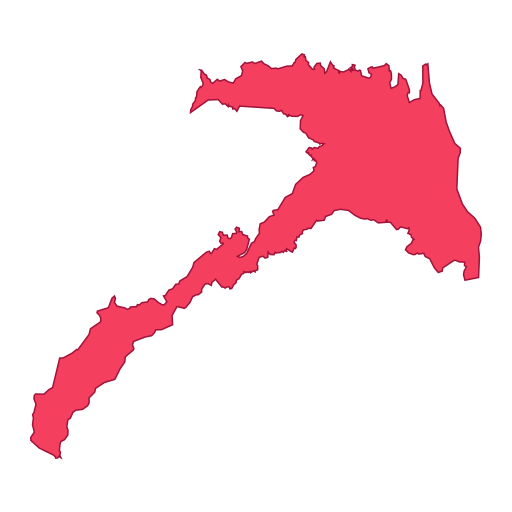 outline of Rioviejo, Bolívar, Colombia
{"feature_id": "7082276B23720566287861", "entity_name": "Rioviejo", "entity_type": "district", "adm_level": 2, "iso_a3": "COL", "parent_name": "Colombia", "parent_adm1": "Bolívar", "projection": "natural_earth1", "projection_center": [-74.045, 8.431], "detail": "fine", "context": "isolated", "style": "filled", "palette": "rose", "viewbox_px": 512, "rotation_deg": 0, "n_neighbors": 0, "source": "geoboundaries", "source_scale": "gbopen_adm2", "svg_char_len": 5957}
<svg xmlns="http://www.w3.org/2000/svg" viewBox="0 0 512 512"><path d="M378.3,222.9L386.1,222.3L386.4,220.2L387.1,220.3L386.9,222.2L390.3,222.2L396.6,229.6L398.2,229.3L400.5,226.9L407.6,228.7L408.8,227.8L409.2,230.2L407.9,233.4L411.0,234.7L411.5,237.2L414.0,239.5L412.9,239.8L411.5,243.1L406.9,246.8L405.5,249.8L408.6,252.9L413.1,254.6L414.8,254.6L417.4,253.0L418.7,254.1L423.8,253.3L425.2,256.5L429.7,258.7L434.4,267.9L438.3,272.5L442.3,271.1L442.7,267.9L453.7,260.6L455.6,260.3L459.3,261.9L464.6,262.1L464.5,265.6L466.4,266.8L464.1,271.1L463.5,274.7L465.0,280.2L478.6,277.5L479.4,257.1L478.5,247.1L480.6,241.0L481.3,234.3L480.5,227.1L474.7,218.1L467.6,211.8L462.4,204.0L456.8,188.9L458.1,158.5L460.2,152.7L460.4,148.3L454.8,143.4L449.5,131.4L446.2,122.2L443.6,108.3L440.7,105.0L440.0,105.7L439.1,103.1L432.0,94.0L429.5,83.2L427.8,63.9L426.7,65.0L425.9,64.0L422.8,65.9L422.9,83.2L420.9,90.5L420.2,90.6L420.1,98.4L414.2,99.7L409.4,102.6L407.2,95.6L407.9,93.0L409.4,92.8L409.4,89.7L405.8,79.3L403.0,78.4L401.2,75.2L398.7,73.7L397.9,84.5L394.7,87.0L391.0,88.3L389.7,82.7L391.5,79.3L391.4,74.0L390.6,70.7L389.3,71.0L388.9,65.7L386.2,63.6L384.4,65.6L373.3,68.2L372.3,66.9L370.8,67.1L367.9,68.7L369.0,72.8L371.5,74.2L370.6,77.4L369.0,78.2L361.6,75.8L360.5,70.5L359.3,70.1L358.0,71.3L355.5,70.0L354.4,67.6L355.0,65.2L353.6,64.8L352.3,64.6L352.5,66.3L350.2,67.9L351.6,67.9L353.5,70.4L352.1,70.4L352.1,69.1L351.2,68.4L351.6,69.0L350.4,69.9L350.7,71.1L348.9,69.4L343.5,72.0L340.0,71.4L339.4,73.1L338.6,72.3L339.1,70.8L333.6,68.0L334.0,65.9L332.9,65.5L330.4,61.8L326.6,71.7L324.8,73.3L324.3,68.9L320.8,65.7L320.3,63.1L316.9,63.4L314.0,67.2L314.4,69.2L312.5,69.3L308.4,64.6L308.6,62.6L305.9,60.3L305.4,56.8L304.1,56.8L304.5,54.9L301.9,53.9L295.9,59.4L295.0,62.5L294.0,62.8L292.2,66.0L286.9,66.1L278.0,68.8L276.3,68.1L271.4,68.6L268.3,65.8L264.1,63.9L261.5,61.1L254.8,63.5L252.4,62.0L246.8,63.3L245.0,62.5L240.9,66.6L242.7,70.9L241.5,75.6L235.7,78.8L233.3,83.1L228.3,81.9L224.6,79.5L219.6,81.1L217.3,79.3L212.7,83.4L210.6,81.9L210.0,79.5L207.3,78.1L206.5,75.2L204.3,74.0L201.6,70.2L200.2,70.0L201.2,70.8L200.8,77.4L203.1,83.2L202.8,85.5L201.0,87.4L200.3,86.7L197.0,91.6L196.5,96.9L195.6,97.7L195.3,100.7L192.6,104.3L192.7,105.9L190.6,110.1L190.5,112.6L208.2,100.0L218.2,99.6L222.5,104.2L225.3,103.8L228.1,106.6L228.5,105.0L228.9,106.2L232.8,107.1L232.8,109.0L234.8,108.7L236.9,111.3L239.6,106.1L274.2,108.4L276.2,110.8L279.7,111.3L281.4,110.3L283.8,114.0L285.4,114.0L287.6,116.7L288.8,115.8L288.4,114.8L289.3,114.6L289.8,115.6L292.5,116.3L297.6,116.4L300.4,114.8L302.3,115.2L303.0,115.6L300.5,120.7L300.2,128.8L303.1,132.0L305.9,133.3L308.7,137.9L313.0,139.7L314.2,141.4L319.2,143.1L319.9,144.1L321.1,143.3L324.0,143.7L321.5,146.0L319.4,146.5L317.9,148.3L314.3,147.5L312.2,149.1L311.5,148.0L309.2,147.5L306.0,151.8L307.3,153.0L308.5,152.6L308.6,154.0L310.0,155.4L311.1,155.2L310.7,155.9L313.1,158.5L312.6,159.7L313.8,159.0L314.2,160.2L314.7,159.5L315.2,160.9L316.3,161.3L316.7,162.8L315.4,166.6L313.3,167.5L314.0,170.8L310.0,174.4L303.1,177.4L295.6,184.4L292.4,193.5L285.3,197.4L277.9,209.6L273.4,210.4L272.6,211.3L274.0,215.1L269.3,216.7L264.3,222.1L260.2,223.8L259.1,229.6L259.4,233.3L255.6,238.7L254.4,241.8L251.5,243.2L246.7,253.4L243.4,256.3L240.0,257.5L239.5,257.1L237.5,256.6L237.3,256.4L244.7,252.6L246.8,249.1L249.4,239.2L247.8,238.3L247.5,236.0L242.8,234.6L241.6,231.5L239.0,231.7L239.4,228.3L236.6,227.2L235.1,229.0L236.6,231.9L236.4,233.4L232.7,233.6L231.3,237.7L230.1,238.8L228.0,238.0L227.2,235.1L223.3,235.2L222.4,232.3L219.7,231.7L218.2,234.5L220.9,237.8L219.6,241.2L220.9,243.2L223.0,243.0L223.2,243.9L216.6,249.4L214.4,248.6L211.5,253.5L210.6,253.4L209.2,251.2L206.4,252.2L194.0,262.5L192.7,267.2L187.1,276.6L179.9,280.9L178.7,284.0L175.7,284.3L172.6,288.8L168.8,290.1L165.4,295.5L163.5,295.9L166.9,301.9L164.3,304.6L162.5,304.9L158.7,302.8L154.2,298.9L150.6,298.4L148.6,299.7L147.8,301.9L142.1,302.6L139.2,305.0L137.4,304.6L136.6,306.6L130.4,307.0L129.5,308.6L127.1,309.3L124.9,307.9L117.0,306.1L114.5,302.5L115.4,298.3L114.5,296.0L112.0,298.2L108.4,307.7L97.4,311.1L97.0,312.8L99.6,315.4L100.8,318.5L100.6,321.8L90.4,328.8L89.1,334.4L77.7,349.9L76.6,349.5L72.3,353.0L63.3,357.9L59.7,358.1L52.6,387.6L49.2,389.4L43.9,394.2L35.6,394.0L34.3,395.5L33.9,398.6L36.0,404.3L33.9,412.6L32.6,414.6L33.4,418.0L32.5,424.8L34.3,432.1L30.7,437.6L30.9,440.5L39.3,448.1L53.7,455.2L55.4,456.9L55.6,458.1L57.7,458.0L58.7,456.3L60.9,457.7L59.9,455.5L60.4,452.0L59.4,450.4L60.0,444.3L60.9,441.5L64.5,439.7L67.8,435.0L68.0,430.2L66.8,426.8L67.9,419.8L70.4,418.1L72.9,412.4L75.8,410.2L82.6,409.4L87.8,405.5L89.1,402.8L89.1,397.8L94.7,392.2L95.6,388.3L104.4,382.5L114.9,379.3L119.9,369.1L124.8,361.9L125.3,356.8L133.5,349.8L133.9,348.6L132.5,344.9L133.5,341.5L144.8,337.1L151.6,335.7L154.5,332.7L155.8,329.8L161.4,329.7L172.6,324.7L172.1,315.4L177.0,306.6L184.4,308.3L185.9,307.3L190.0,302.4L192.6,296.7L196.3,294.8L198.1,294.8L201.6,292.1L201.7,289.0L205.0,284.1L207.9,283.6L211.3,285.4L212.0,282.3L215.6,279.3L221.8,287.1L222.8,286.8L225.2,288.1L227.1,286.8L229.3,287.0L229.9,288.9L231.7,288.5L233.7,284.7L236.0,282.8L236.4,280.2L239.0,278.7L241.6,274.2L243.7,273.4L244.3,272.4L243.4,271.2L246.0,272.6L246.8,271.9L248.7,272.4L250.0,271.4L250.6,272.8L253.2,271.0L255.1,271.8L254.9,270.8L257.7,269.8L257.7,265.8L256.8,264.3L259.1,257.4L262.9,256.2L265.1,258.1L267.8,257.3L268.1,252.0L270.2,254.5L274.0,254.7L275.2,252.2L275.9,253.0L280.7,252.5L281.8,251.3L283.4,252.3L284.5,250.6L287.2,251.7L286.2,250.6L286.5,248.7L292.3,252.2L294.3,248.1L295.4,248.5L296.1,247.6L296.1,244.8L294.2,242.5L294.7,241.0L295.3,240.1L296.4,240.5L296.9,236.9L298.9,237.1L299.5,235.1L302.5,233.5L302.2,232.1L303.4,229.9L307.0,229.3L307.9,228.3L311.0,228.5L316.7,220.2L317.7,221.1L324.2,220.2L325.6,216.5L331.6,214.3L334.1,210.6L340.4,209.3L348.4,210.4L355.1,215.4L360.5,218.2L364.8,219.1L367.2,218.6L371.1,220.3L373.5,219.6L378.3,222.9Z" fill="#f43f5e" stroke="#9f1239" stroke-width="1.5"/></svg>